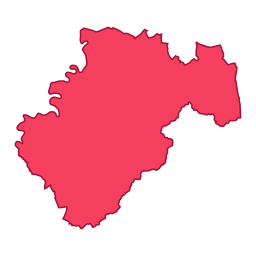 La Apartada, Córdoba, Colombia (Albers equal-area conic projection)
{"feature_id": "7082276B84090204325710", "entity_name": "La Apartada", "entity_type": "district", "adm_level": 2, "iso_a3": "COL", "parent_name": "Colombia", "parent_adm1": "Córdoba", "projection": "albers", "projection_center": [-75.293, 8.043], "detail": "fine", "context": "isolated", "style": "filled", "palette": "rose", "viewbox_px": 256, "rotation_deg": 0, "n_neighbors": 0, "source": "geoboundaries", "source_scale": "gbopen_adm2", "svg_char_len": 5697}
<svg xmlns="http://www.w3.org/2000/svg" viewBox="0 0 256 256"><path d="M83.5,28.2L82.8,29.0L80.9,30.2L80.4,31.2L80.6,36.0L80.3,38.2L80.3,40.8L81.1,42.9L81.9,43.6L82.5,43.3L83.9,42.0L85.8,41.1L87.2,41.1L87.6,41.4L87.8,41.9L87.9,42.8L87.6,43.5L84.7,45.9L83.1,48.1L82.5,49.5L83.0,50.6L85.4,54.4L86.0,56.8L86.7,62.0L86.6,64.6L86.1,66.0L83.8,68.7L82.5,71.4L81.6,72.1L80.3,72.4L79.3,72.1L78.7,71.6L77.8,68.2L77.2,67.1L76.4,66.3L74.9,65.5L72.3,65.3L71.6,65.5L70.8,66.0L70.1,66.8L70.1,68.0L70.4,68.6L71.5,69.1L74.3,69.0L75.0,69.2L75.9,69.8L76.3,70.4L76.4,71.7L75.7,73.1L74.3,73.8L73.1,73.8L69.6,72.5L68.3,72.3L66.9,72.5L65.9,73.5L65.6,74.5L66.1,76.1L68.6,78.0L69.3,79.1L69.4,80.8L68.6,82.1L68.1,82.4L67.5,82.3L63.4,81.0L60.1,81.0L57.9,81.4L54.4,82.4L51.9,82.6L51.1,83.3L50.4,84.5L50.2,87.0L49.0,90.1L48.7,91.6L48.8,92.6L49.6,93.9L50.4,94.1L53.9,93.1L57.1,93.2L58.4,93.6L60.4,94.8L61.0,95.4L61.2,96.1L61.3,96.9L61.0,97.6L60.1,98.4L59.0,98.4L55.4,97.3L53.3,97.3L51.5,98.1L50.3,99.5L50.0,100.4L49.9,102.9L50.5,104.1L51.5,104.7L53.2,105.2L55.0,106.0L58.2,109.4L58.8,110.9L59.1,112.4L59.2,115.1L59.0,115.9L57.9,116.6L57.1,116.4L56.6,115.8L55.8,113.9L54.8,112.6L54.1,112.1L52.9,111.8L50.6,111.9L49.6,112.3L47.0,114.2L44.3,115.2L43.3,115.2L41.9,114.8L39.6,113.4L38.2,113.4L37.4,114.1L35.8,116.9L34.5,117.8L33.4,118.0L31.5,117.7L26.8,115.2L25.3,114.9L23.6,115.1L23.3,115.9L24.6,118.8L24.5,120.8L24.0,121.7L21.1,122.9L19.8,123.8L17.5,126.4L17.0,127.8L17.4,129.1L18.7,130.3L23.1,130.7L24.2,131.6L24.5,132.3L24.4,133.5L21.5,137.9L21.4,139.1L21.6,140.2L22.7,142.1L22.8,142.8L22.5,143.0L22.4,143.4L21.8,143.3L19.0,141.7L17.4,141.5L16.6,141.7L16.1,142.3L15.4,143.5L15.4,144.1L15.4,145.2L15.9,146.1L18.9,149.1L18.9,150.7L18.5,151.6L18.9,153.8L18.5,154.9L18.7,155.4L19.8,156.4L21.1,156.6L21.7,157.8L23.0,157.8L23.3,158.2L23.3,159.4L24.1,159.6L24.9,160.3L25.4,160.4L25.0,161.0L25.3,161.6L25.7,161.9L26.4,161.8L26.5,162.1L27.0,162.3L27.0,162.8L27.4,162.8L27.0,163.3L27.3,163.6L27.1,163.9L27.4,165.0L27.2,165.7L27.4,166.3L27.8,167.0L28.2,167.2L28.7,167.9L29.3,169.2L29.6,169.2L29.6,169.8L30.2,169.8L30.2,170.1L29.6,170.7L31.4,172.0L31.8,173.4L32.2,173.3L32.3,173.9L32.6,173.7L32.9,174.1L33.4,174.3L35.5,174.4L41.3,176.4L43.2,179.2L43.9,179.3L44.7,180.1L45.5,182.1L44.5,186.8L44.8,188.8L46.8,187.7L50.2,185.1L51.3,188.3L53.3,191.7L54.5,191.3L54.9,194.5L55.4,196.1L54.9,197.8L58.8,207.7L63.9,207.3L66.1,206.6L67.0,207.7L66.4,210.8L65.5,213.3L64.6,215.8L63.0,218.8L69.5,222.0L69.1,223.8L71.4,224.0L71.9,225.5L72.5,225.6L73.8,225.1L75.6,226.0L79.1,225.6L79.6,226.0L80.4,228.0L81.4,228.7L83.0,227.9L83.5,226.8L84.7,226.1L85.4,225.1L87.0,223.9L88.6,224.2L89.8,223.6L90.3,223.7L91.5,224.9L92.5,227.0L93.1,227.3L94.6,226.6L96.4,225.0L97.4,224.7L99.0,224.7L99.3,223.6L99.4,222.0L100.4,221.1L101.6,220.6L102.0,219.8L105.3,218.3L105.5,215.6L106.8,214.0L108.2,214.2L109.8,213.3L112.7,213.5L113.8,212.9L114.7,212.8L115.1,212.1L116.4,211.9L116.7,211.6L117.2,210.1L119.5,207.8L120.1,206.9L119.9,206.3L118.8,205.3L118.4,204.5L118.4,203.9L119.0,202.9L119.1,201.3L119.4,200.4L120.8,198.8L121.5,197.0L122.5,195.9L124.6,194.6L125.5,193.2L129.4,190.6L130.0,188.9L130.3,186.5L131.2,185.8L131.4,185.4L131.7,182.8L133.7,181.7L134.2,179.3L134.9,179.1L136.7,179.2L138.8,179.5L139.7,179.4L140.2,179.1L140.7,177.4L140.7,173.6L141.3,172.4L142.5,171.3L144.3,170.9L146.0,171.0L149.4,170.6L151.8,169.5L153.3,169.2L155.1,169.4L156.1,170.2L157.0,170.0L159.3,168.3L160.7,166.4L162.4,164.5L162.8,164.9L163.4,164.4L164.1,163.2L164.6,163.6L164.8,163.2L164.4,162.9L165.6,161.7L165.7,161.1L165.5,159.9L166.5,158.0L166.1,157.0L166.4,154.8L167.5,152.9L167.5,149.0L168.5,147.4L172.4,145.5L172.7,144.2L172.5,142.9L172.9,142.4L172.9,141.7L172.4,140.1L171.8,139.4L171.1,139.0L169.8,138.8L168.1,138.7L167.5,137.7L164.9,137.4L164.4,136.7L164.1,135.4L163.1,134.1L160.8,133.0L160.6,132.2L161.3,130.5L161.6,128.5L162.0,127.6L163.6,126.1L164.4,125.9L165.9,125.9L166.9,125.0L169.1,124.1L169.8,123.5L170.2,122.2L170.9,121.4L174.6,120.6L175.5,120.1L175.9,119.4L176.1,118.2L177.5,117.9L178.2,117.5L178.6,112.9L180.5,110.6L181.6,107.7L182.0,107.3L184.1,106.5L185.0,105.7L185.6,104.6L188.4,104.2L188.5,102.2L189.3,102.2L191.3,103.9L191.9,105.4L191.8,107.3L192.0,107.9L193.6,109.1L193.8,110.2L195.0,109.9L197.2,110.4L198.0,111.9L199.8,113.5L204.5,114.1L206.2,114.9L206.9,114.8L209.1,113.8L209.5,113.9L209.9,114.7L213.3,114.2L214.6,116.7L214.3,118.8L214.5,120.4L214.6,120.6L216.3,121.4L215.6,122.1L215.5,122.8L216.2,123.5L218.5,124.7L219.1,125.4L220.4,126.1L222.7,126.4L223.7,126.0L224.5,125.3L225.8,123.4L227.6,123.4L228.2,123.1L229.9,120.6L233.4,120.7L235.0,120.5L236.5,119.9L237.4,118.5L238.2,117.9L239.8,118.0L240.6,117.7L240.0,103.7L239.5,102.6L239.2,98.0L238.1,95.3L235.9,81.0L235.2,80.9L235.7,73.6L236.1,73.7L236.9,67.4L236.4,67.5L234.9,63.2L232.3,63.5L228.1,64.9L224.6,60.4L223.3,59.1L222.3,58.6L223.6,56.2L223.3,53.1L221.5,49.1L221.5,48.0L220.2,45.1L210.7,47.4L207.4,46.8L207.0,46.5L205.7,46.6L204.8,45.6L203.1,45.7L202.7,45.5L202.1,44.8L200.4,44.6L198.0,43.2L197.4,42.6L196.6,42.3L196.2,43.0L196.9,46.3L196.8,48.1L196.3,49.2L196.1,55.7L197.8,56.6L198.5,59.8L196.8,60.5L195.7,60.4L193.9,58.8L190.6,61.4L190.0,62.6L185.0,65.2L182.8,62.3L179.9,62.2L180.3,61.2L180.2,60.6L178.2,59.7L178.7,57.2L175.5,55.9L172.4,59.6L170.0,57.4L168.6,54.7L167.6,51.1L167.7,48.2L166.9,45.8L167.8,43.5L161.8,42.9L161.3,40.3L161.2,37.6L161.6,34.1L158.9,35.2L157.6,33.8L156.6,34.0L153.5,36.7L148.6,38.2L147.2,35.3L146.0,33.7L146.1,31.4L147.1,30.7L144.6,29.5L140.9,34.0L134.8,38.5L134.0,36.6L127.7,33.6L126.2,33.4L123.5,33.5L122.4,32.5L117.8,29.8L112.9,27.8L112.0,28.9L109.6,28.1L108.4,27.3L97.2,31.8L96.2,31.8L94.9,31.5L92.5,30.4L83.5,28.2Z" fill="#f43f5e" stroke="#9f1239" stroke-width="1.5"/></svg>